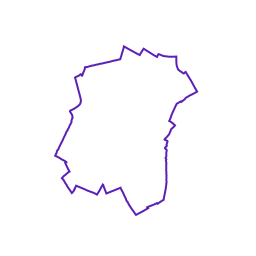 the district of Chom Thong, Bangkok Metropolis, Thailand, rotated 219°
{"feature_id": "78962969B14183764465064", "entity_name": "Chom Thong", "entity_type": "district", "adm_level": 2, "iso_a3": "THA", "parent_name": "Thailand", "parent_adm1": "Bangkok Metropolis", "projection": "albers", "projection_center": [100.463, 13.687], "detail": "fine", "context": "isolated", "style": "outline", "palette": "violet", "viewbox_px": 256, "rotation_deg": 219, "n_neighbors": 0, "source": "geoboundaries", "source_scale": "gbopen_adm2", "svg_char_len": 5378}
<svg xmlns="http://www.w3.org/2000/svg" viewBox="0 0 256 256"><g transform="rotate(219 128 128)"><path d="M87.6,139.6L88.1,140.5L88.2,141.0L88.6,141.9L88.7,142.2L88.9,142.4L89.0,142.6L89.4,142.7L89.5,142.7L90.4,142.5L91.4,142.2L92.2,142.0L92.3,142.0L92.4,142.3L92.5,142.5L92.5,142.9L92.4,143.4L92.2,145.2L92.1,146.3L92.2,146.9L92.1,147.1L92.1,148.3L92.0,148.6L92.2,149.5L92.4,150.0L93.1,152.7L93.3,152.8L93.4,153.0L93.7,154.1L93.5,155.6L93.4,156.3L93.2,157.3L93.1,159.3L93.1,159.6L93.9,159.7L95.5,159.7L96.2,159.9L96.7,159.9L97.5,159.8L99.3,159.6L100.4,159.4L100.5,160.2L100.8,161.1L101.2,162.5L101.6,163.6L102.5,165.9L104.0,171.7L104.2,172.4L105.4,177.4L105.4,177.5L104.5,179.7L104.1,181.1L103.9,181.5L103.6,182.0L103.0,181.8L102.3,184.7L102.0,186.2L102.1,187.3L102.1,187.5L101.9,188.4L101.7,188.8L101.4,189.4L100.6,191.8L99.9,193.5L99.7,193.6L99.6,193.8L99.5,194.1L99.2,194.9L98.3,196.9L97.9,197.9L97.2,199.8L97.4,199.9L101.2,201.3L104.8,202.8L108.5,204.3L108.8,204.5L110.6,205.0L112.9,205.9L114.6,206.4L115.1,206.7L117.5,207.5L118.5,207.9L118.6,207.7L118.9,205.8L118.9,205.6L119.1,205.4L119.3,205.3L119.8,205.2L122.5,205.2L122.8,205.0L123.6,205.0L125.6,205.0L125.9,205.0L126.1,205.1L128.2,206.4L129.6,207.3L131.6,209.3L135.4,213.9L136.4,213.0L136.9,212.6L137.4,212.2L138.5,211.2L140.1,209.9L141.5,208.9L145.5,206.4L146.0,206.1L149.6,205.1L150.8,204.6L150.8,204.3L150.4,202.3L150.2,202.0L150.1,201.5L153.6,200.9L158.4,200.3L162.6,199.8L165.7,199.5L165.5,196.8L165.2,194.6L165.1,193.7L164.8,192.1L168.5,191.3L179.1,189.4L182.5,188.8L181.4,186.6L181.0,185.7L180.9,185.4L180.3,183.9L180.2,183.7L180.0,183.1L178.1,178.6L177.6,177.1L177.3,176.6L178.0,175.6L178.2,175.4L178.3,175.2L178.6,174.9L179.0,174.4L179.6,173.5L180.1,173.0L180.4,172.5L181.1,171.7L181.5,171.4L181.7,170.9L182.1,170.5L182.5,170.0L183.6,168.3L184.3,167.4L184.5,167.2L184.9,166.7L185.3,166.3L185.5,166.0L185.7,165.7L185.9,165.4L186.2,165.1L186.3,165.0L186.3,164.9L187.1,164.0L187.2,163.9L188.0,162.7L188.7,161.9L189.0,161.4L189.7,160.8L190.6,159.7L191.4,158.4L191.7,158.2L192.3,157.5L193.1,156.5L193.5,155.9L193.8,155.3L194.0,155.1L194.5,154.6L194.8,154.4L195.2,154.0L195.3,153.8L195.7,153.1L195.9,152.9L196.0,152.7L196.3,152.2L196.8,151.7L198.3,149.4L199.0,149.0L199.2,148.8L199.6,148.2L199.6,147.8L199.4,147.6L199.2,147.4L199.0,147.2L198.8,146.9L198.7,146.5L197.9,144.2L197.5,142.3L196.5,139.9L196.6,139.7L198.1,140.0L198.5,140.1L198.7,139.9L198.7,139.6L199.0,138.1L200.6,134.8L200.9,133.9L190.5,126.3L186.2,123.2L182.7,120.5L182.2,120.0L181.7,119.5L181.2,118.7L180.8,117.8L180.6,117.2L180.4,116.6L180.3,115.8L180.4,115.3L180.6,113.5L181.9,109.3L182.4,108.2L183.2,106.2L183.6,105.8L183.6,105.6L183.8,104.9L183.8,104.7L183.7,104.5L183.4,104.3L183.2,104.2L182.0,103.8L180.3,103.2L179.6,103.0L179.4,102.9L178.9,102.3L178.7,102.1L177.8,101.4L177.6,101.3L177.5,101.1L177.4,100.4L177.2,99.8L176.6,98.3L176.5,98.0L176.2,97.6L175.6,97.1L175.5,96.9L175.4,95.8L175.1,95.0L175.1,94.1L174.1,90.7L173.9,89.1L173.4,87.5L173.5,87.1L173.2,85.3L173.0,84.8L172.9,84.5L172.7,84.0L172.0,80.9L171.9,80.3L171.5,78.9L171.3,78.3L170.7,75.7L170.4,74.2L169.9,71.7L169.7,71.0L169.2,69.0L168.8,67.9L168.7,67.0L168.8,66.8L168.9,66.6L168.8,66.1L168.6,65.4L168.5,65.0L167.8,63.6L167.7,63.2L167.7,62.8L167.1,60.6L165.1,61.1L164.2,61.3L161.8,61.7L159.8,61.9L156.9,62.5L155.6,62.7L155.1,62.8L154.7,62.7L154.4,62.6L154.9,61.4L152.0,60.0L150.2,59.1L148.2,58.2L146.0,57.3L146.3,56.6L146.6,55.6L147.0,53.3L147.3,51.6L147.5,50.9L147.7,50.0L147.8,47.4L147.3,47.4L145.4,47.0L145.1,47.0L142.6,45.9L140.9,45.4L140.3,45.2L140.0,45.2L139.5,45.0L138.6,44.5L138.1,44.3L133.2,42.9L130.7,42.1L130.6,43.1L130.6,44.8L130.7,45.7L130.8,46.5L131.1,46.5L131.4,48.1L131.5,48.5L132.0,50.5L127.3,51.9L122.8,53.2L120.7,53.7L118.8,54.3L117.6,54.7L115.4,55.5L114.3,55.8L113.2,56.2L110.2,56.7L110.3,57.3L110.4,58.5L110.5,59.1L110.7,60.8L111.0,62.8L111.4,64.4L111.9,67.7L112.0,68.2L111.6,68.2L110.4,67.5L109.7,67.0L109.3,66.7L109.1,66.6L108.7,66.5L108.2,66.2L107.1,65.4L105.2,64.5L104.7,64.1L103.6,63.5L96.2,76.8L96.1,76.7L95.8,76.5L93.7,75.7L93.3,75.5L93.2,75.4L91.8,74.9L90.9,74.5L90.7,74.4L90.3,74.1L89.7,73.9L89.0,73.5L88.9,73.4L88.1,73.1L87.1,72.6L86.5,72.3L86.3,72.2L85.1,71.7L84.6,71.2L83.6,70.7L82.5,70.3L81.7,70.2L81.4,70.2L81.1,70.0L80.0,69.4L79.0,69.1L78.2,68.8L78.2,68.7L77.4,68.5L76.4,68.1L75.3,67.8L73.7,67.3L72.4,67.0L71.7,66.8L69.7,66.2L68.4,65.8L67.8,65.7L67.1,65.5L66.4,67.2L64.4,71.8L61.9,78.3L63.2,78.6L61.7,81.3L61.3,81.9L60.8,82.8L59.6,84.9L58.2,87.9L57.4,87.7L55.3,94.3L55.1,94.5L55.2,94.8L55.5,95.2L55.8,95.7L58.1,100.1L58.7,101.3L59.2,102.1L59.3,102.5L60.9,105.2L62.4,107.7L63.0,108.6L63.2,108.8L63.3,108.9L63.3,109.1L63.5,109.4L64.2,110.5L65.5,111.7L66.2,112.7L66.7,113.5L67.5,114.3L68.2,115.3L68.4,115.5L69.2,116.4L69.7,116.9L70.3,117.8L71.0,118.4L72.1,119.6L72.3,120.0L72.6,120.4L73.7,121.7L73.9,121.9L74.8,123.2L75.1,123.4L75.5,123.9L76.1,124.9L76.1,125.0L76.6,125.3L77.7,126.2L77.9,126.5L78.2,126.8L78.2,127.0L78.4,127.4L78.4,127.6L78.6,127.7L78.7,127.9L79.8,128.2L80.1,128.5L80.1,129.5L80.2,129.9L82.3,132.4L82.7,132.9L82.9,133.2L83.2,133.8L83.5,134.3L83.7,134.8L83.9,135.1L84.2,135.3L84.5,135.4L84.7,135.5L85.3,135.4L85.9,135.4L86.2,135.5L86.5,135.5L86.7,136.0L86.9,136.4L86.9,136.5L86.5,137.7L86.5,138.0L86.5,138.3L86.7,138.6L86.8,138.8L87.1,138.9L87.4,139.0L87.5,139.1L87.6,139.6Z" fill="none" stroke="#5b21b6" stroke-width="2"/></g></svg>